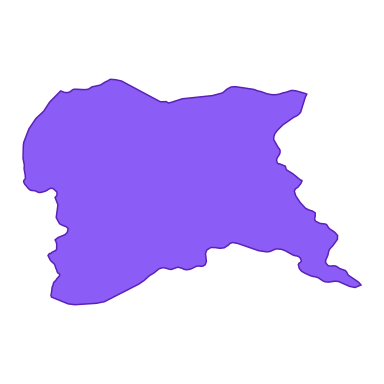 map outline of Rôtânôkiri (Albers equal-area conic projection), rotated 90°
{"feature_id": "KHM-1795", "entity_name": "Rôtânôkiri", "entity_type": "Province", "adm_level": 1, "iso_a3": "KHM", "parent_name": "Cambodia", "parent_adm1": "", "projection": "albers", "projection_center": [107.133, 13.934], "detail": "fine", "context": "isolated", "style": "filled", "palette": "violet", "viewbox_px": 384, "rotation_deg": 90, "n_neighbors": 0, "source": "natural_earth", "source_scale": "10m", "svg_char_len": 3445}
<svg xmlns="http://www.w3.org/2000/svg" viewBox="0 0 384 384"><g transform="rotate(90 192 192)"><path d="M285.0,23.0L287.5,28.9L286.4,34.4L281.5,45.5L281.2,48.9L282.1,55.4L281.8,58.9L280.7,61.4L277.7,65.8L276.8,68.8L276.6,70.4L275.8,73.4L273.2,79.1L271.3,82.4L268.6,84.7L264.5,85.7L263.2,85.0L262.4,83.6L261.1,82.6L258.4,83.5L256.7,85.1L256.0,86.9L255.7,88.9L255.1,90.9L250.8,98.6L249.3,102.6L248.9,107.1L249.3,109.1L251.2,113.3L251.8,115.5L251.8,117.6L250.7,125.3L243.5,146.1L242.5,151.4L243.4,153.9L245.4,156.0L247.8,159.8L248.3,164.1L247.6,168.7L247.5,173.1L249.9,177.1L253.5,178.5L261.5,177.6L264.8,178.9L266.1,181.0L266.3,183.2L266.0,185.3L266.2,187.3L269.2,193.7L269.4,194.8L269.8,197.5L269.3,200.0L268.1,202.5L267.2,206.2L269.5,212.9L269.2,214.8L267.8,219.5L267.8,221.8L268.9,225.1L272.9,230.0L274.9,233.3L275.4,234.3L280.3,239.7L284.0,245.0L301.7,279.6L303.3,287.6L304.7,309.1L303.9,315.8L297.1,332.5L295.1,333.1L293.3,332.6L287.4,331.9L286.2,331.5L285.4,331.1L283.2,330.5L282.4,330.2L281.9,329.8L281.0,328.8L280.1,328.0L278.5,327.0L276.4,325.0L275.2,324.3L274.5,324.3L273.9,324.6L273.3,325.8L272.7,326.3L271.9,326.8L269.3,327.6L267.9,328.3L265.3,329.0L264.6,329.4L264.1,329.7L263.2,330.6L262.0,332.0L260.6,333.3L259.6,334.0L255.5,336.0L253.5,334.6L253.6,333.3L252.5,332.4L250.4,328.3L249.3,327.4L244.3,327.3L242.1,327.8L239.9,328.9L237.6,326.1L234.7,319.1L232.5,316.8L228.6,315.8L226.7,317.8L225.5,321.1L223.8,324.4L217.6,327.8L204.8,326.1L197.4,328.9L195.6,327.1L193.0,327.0L192.4,327.0L192.0,327.2L189.1,330.2L188.7,330.8L188.5,331.5L188.3,332.3L188.3,333.1L188.8,334.6L189.5,335.8L190.3,336.9L191.0,338.3L191.3,339.0L192.2,342.2L192.2,342.4L192.5,343.6L192.5,344.5L192.4,345.4L192.1,346.1L191.8,346.9L191.1,348.1L190.8,349.1L190.3,353.3L189.9,354.0L189.5,354.6L188.5,355.6L184.0,359.4L182.5,360.1L181.4,360.4L180.6,360.2L180.0,359.8L179.5,359.3L179.0,358.9L178.2,358.6L175.0,358.8L169.6,359.8L168.2,359.9L167.3,359.8L164.8,359.7L158.4,361.0L155.0,360.9L146.1,360.7L142.5,360.3L128.9,355.1L118.5,348.1L111.1,340.2L102.9,334.9L101.5,333.8L90.9,323.3L92.4,319.7L92.6,317.1L92.5,316.1L92.2,315.2L92.0,314.4L91.6,313.8L90.3,312.1L89.3,310.4L89.2,308.3L89.6,300.1L89.5,297.7L89.1,295.4L86.9,292.1L85.1,283.8L81.6,278.1L81.0,276.4L80.1,275.1L79.3,273.6L79.7,268.4L81.0,262.5L101.4,224.4L101.8,223.0L101.6,217.8L103.0,215.7L102.4,212.9L98.8,201.8L95.6,171.6L93.0,161.8L91.6,159.8L89.8,157.9L88.4,155.8L87.0,152.9L86.7,150.2L86.8,147.5L89.3,130.8L89.7,129.3L91.0,126.0L91.5,123.3L93.7,117.2L94.7,112.2L94.7,108.3L94.1,104.5L93.0,101.5L92.2,97.8L90.5,92.9L90.5,90.8L90.8,88.2L93.4,79.0L93.8,77.9L94.2,77.2L96.9,78.6L112.3,83.4L113.2,84.2L114.9,85.9L115.8,87.3L117.5,90.6L124.9,101.2L130.5,106.8L133.5,109.0L136.4,110.1L139.6,110.3L147.8,105.6L148.8,104.7L150.1,104.0L152.3,103.9L154.3,104.5L158.2,107.0L160.4,107.4L163.0,106.7L163.8,105.6L163.9,104.2L166.2,98.6L168.9,98.0L169.8,97.5L173.9,91.0L180.2,83.3L180.3,82.2L181.0,82.0L183.6,83.2L187.1,86.0L188.9,88.6L191.2,89.7L195.9,88.2L202.4,83.9L208.2,78.6L209.9,75.2L211.1,71.4L212.9,68.8L216.0,68.8L219.4,69.4L221.2,68.4L223.4,64.0L223.9,59.6L224.2,58.1L225.0,57.1L227.5,55.6L228.6,54.6L232.3,49.2L235.5,46.4L239.4,46.6L245.2,50.8L249.2,54.4L251.3,55.3L255.2,56.1L260.2,58.3L262.6,58.4L265.4,56.2L266.0,54.5L266.0,52.6L265.8,50.8L265.9,49.0L266.5,47.3L268.0,45.1L268.7,43.9L270.4,38.9L271.8,37.5L275.1,35.8L282.1,25.5L285.0,23.0Z" fill="#8b5cf6" stroke="#5b21b6" stroke-width="1.5"/></g></svg>